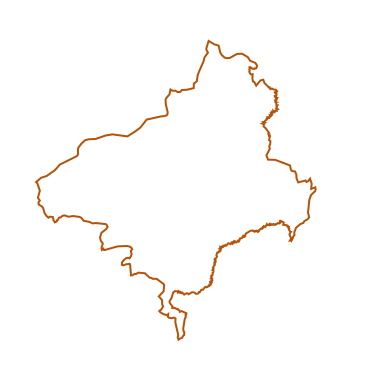 the district of Kantharalak, Si Sa Ket, Thailand, rotated 52°
{"feature_id": "78962969B93646658502298", "entity_name": "Kantharalak", "entity_type": "district", "adm_level": 2, "iso_a3": "THA", "parent_name": "Thailand", "parent_adm1": "Si Sa Ket", "projection": "robinson", "projection_center": [104.776, 14.571], "detail": "fine", "context": "isolated", "style": "outline", "palette": "amber", "viewbox_px": 384, "rotation_deg": 52, "n_neighbors": 0, "source": "geoboundaries", "source_scale": "gbopen_adm2", "svg_char_len": 5998}
<svg xmlns="http://www.w3.org/2000/svg" viewBox="0 0 384 384"><g transform="rotate(52 192 192)"><path d="M134.0,65.0L132.4,62.9L129.3,62.6L124.4,65.4L120.0,65.0L113.9,67.4L110.9,71.5L109.7,79.5L108.3,81.8L106.4,83.5L102.7,84.2L99.3,83.8L93.0,80.9L89.4,83.5L83.2,85.9L87.7,92.3L89.1,93.2L92.0,93.6L93.6,99.2L96.1,102.4L101.9,113.1L103.8,116.0L107.7,120.0L107.7,123.8L111.2,126.7L108.2,133.2L105.4,137.1L105.9,139.4L104.6,141.7L101.9,142.7L100.4,144.9L98.0,145.8L101.2,149.7L102.2,154.6L103.2,156.2L106.7,158.6L114.0,162.0L115.4,163.2L116.0,164.6L115.4,166.6L113.2,170.2L107.0,183.2L109.4,192.9L109.3,199.5L108.4,208.7L97.7,219.1L94.3,225.3L90.9,235.2L86.9,240.9L85.4,244.3L85.8,249.3L87.0,254.1L88.5,255.9L92.2,258.6L92.8,260.8L89.0,279.4L90.4,286.4L89.9,296.8L87.9,302.1L88.2,308.8L89.9,308.5L97.3,311.1L101.7,317.0L105.1,317.2L105.6,319.3L107.4,320.5L111.3,319.1L112.9,319.2L118.0,321.2L121.7,321.4L123.9,320.9L124.0,319.1L126.0,317.1L129.0,318.5L131.5,318.8L131.9,316.8L131.1,315.9L131.3,314.6L130.3,312.4L131.3,310.9L131.0,308.7L132.1,306.7L135.4,304.6L137.8,300.4L142.5,295.9L144.3,295.1L148.0,295.1L152.1,291.5L155.6,289.6L157.1,287.1L164.1,279.8L165.8,279.5L167.5,280.0L168.4,282.3L168.4,288.5L171.1,292.4L174.4,293.9L177.7,294.0L180.3,297.7L182.2,298.6L182.1,296.7L183.6,297.0L184.0,296.5L189.0,284.2L194.4,276.6L196.4,274.9L198.4,274.1L200.3,274.4L200.8,276.5L203.8,277.9L204.9,279.4L205.8,282.1L204.5,282.8L203.6,284.5L203.7,287.7L204.4,290.4L206.1,292.1L207.4,291.4L208.3,288.7L210.1,285.5L210.8,285.3L220.2,291.4L221.0,290.0L221.2,287.7L222.2,286.6L222.4,284.1L227.1,279.1L233.3,278.2L234.6,277.0L236.1,276.5L238.7,273.3L247.2,271.0L248.4,271.4L252.8,275.6L253.8,282.4L258.7,282.1L262.2,284.7L264.3,285.2L265.8,288.7L265.5,290.7L265.9,291.2L268.4,290.7L271.8,289.0L273.6,287.4L273.6,286.0L275.5,287.8L276.7,287.7L278.8,285.9L279.9,283.5L281.4,282.8L284.5,285.4L296.2,290.9L297.7,292.7L300.0,293.5L300.0,291.9L300.8,289.8L299.8,287.3L299.8,286.1L297.6,284.3L296.7,284.4L294.4,283.2L287.4,275.7L286.8,273.9L285.5,273.3L285.1,272.1L284.5,272.2L284.1,271.1L279.6,273.4L278.9,275.4L277.9,274.8L275.5,275.3L275.5,275.7L272.7,277.0L272.3,278.1L271.1,278.9L270.4,277.9L265.7,277.8L264.4,277.2L262.8,273.2L259.6,268.7L259.6,266.5L261.0,265.2L261.5,263.9L262.4,264.6L262.4,263.8L263.0,264.0L263.2,263.4L263.6,263.8L264.7,263.0L264.3,262.5L265.3,262.3L265.2,261.6L268.0,261.3L268.5,258.5L269.7,257.6L270.5,257.6L271.0,253.7L273.0,251.8L274.6,251.6L275.5,250.4L275.8,249.3L275.1,248.2L275.7,247.5L274.8,244.7L275.8,243.6L275.0,240.9L275.2,239.5L276.0,239.3L276.4,238.1L275.9,236.2L276.6,236.0L276.2,235.3L276.6,234.4L276.3,233.9L275.9,234.2L275.7,233.2L275.2,233.8L274.5,233.4L275.1,233.0L274.9,232.3L274.4,232.8L273.9,232.1L274.1,230.4L273.4,230.0L272.2,230.4L272.4,229.4L270.8,229.3L270.8,228.8L269.8,228.3L270.2,227.2L269.7,226.5L268.5,225.8L268.6,224.9L267.6,223.8L266.9,223.4L266.3,223.8L266.3,222.9L264.9,222.4L265.1,221.7L263.9,221.0L263.5,218.9L262.8,219.0L261.6,217.9L262.1,217.3L261.4,216.2L260.5,216.6L260.0,215.4L258.9,215.6L258.7,215.1L259.3,214.7L258.2,212.0L256.7,211.6L255.3,209.4L255.8,208.9L255.4,207.3L256.0,206.9L255.9,206.1L255.3,206.2L255.2,204.9L254.6,204.3L253.8,204.9L253.9,204.1L253.6,204.4L252.6,203.5L253.3,203.1L253.6,200.7L254.4,201.0L254.3,198.7L254.9,198.9L255.4,198.0L254.7,195.0L256.7,193.8L256.3,192.5L257.7,192.1L257.2,191.5L257.5,190.9L256.8,190.9L257.2,190.4L256.6,190.5L256.6,189.4L257.5,189.5L257.3,188.5L258.9,188.3L258.9,186.7L259.5,186.2L259.0,186.0L259.6,185.3L259.4,184.6L258.9,184.7L259.1,184.0L258.1,182.9L259.1,181.2L258.0,178.5L258.8,178.2L259.1,179.2L259.6,178.3L259.0,177.7L259.4,177.4L259.3,176.8L258.2,175.9L257.9,174.9L258.6,169.9L259.4,168.2L261.5,167.3L261.2,166.9L261.7,166.7L261.6,166.2L262.1,165.2L262.6,165.4L262.8,164.5L264.1,164.6L263.9,162.8L263.2,162.2L263.5,159.7L264.1,159.6L264.1,158.9L263.6,158.6L263.9,157.7L263.3,157.4L263.8,156.6L263.4,156.3L264.7,155.6L263.4,152.8L264.3,152.9L265.1,152.3L264.9,150.8L265.7,151.0L265.6,151.5L266.1,151.3L266.3,150.7L265.8,150.5L265.7,149.6L266.7,149.7L267.2,147.9L267.7,148.1L267.9,147.2L268.7,147.2L269.1,146.5L268.9,145.9L269.5,145.2L269.2,143.7L270.1,142.9L269.9,142.1L270.6,142.1L270.5,141.1L269.3,140.5L269.8,140.2L269.6,139.7L272.5,138.5L274.0,140.3L276.4,137.9L277.4,137.4L277.8,138.0L279.1,137.1L279.5,138.1L280.8,137.9L281.2,138.7L283.5,139.0L284.3,138.5L285.1,140.9L285.7,141.5L289.5,142.3L290.5,144.5L290.7,143.9L291.7,143.9L290.9,141.9L290.0,141.3L290.2,140.6L289.3,139.5L289.2,138.0L286.6,136.1L284.2,131.9L284.0,126.2L284.9,123.3L284.1,121.4L284.6,117.7L284.1,115.3L279.7,113.3L270.4,104.4L267.7,100.1L267.1,94.4L266.0,92.9L264.2,92.0L262.9,96.2L259.2,92.6L254.2,90.8L255.0,93.6L254.6,95.6L252.9,95.4L249.8,102.4L245.3,101.1L242.8,99.2L239.3,98.1L237.1,100.2L235.4,100.4L231.5,98.4L217.8,106.7L213.4,112.1L209.0,110.9L205.8,104.0L203.7,103.2L202.3,100.8L200.2,98.9L198.5,99.3L195.9,96.0L195.4,95.8L195.1,96.8L193.1,96.0L193.1,94.9L187.0,94.7L184.4,95.2L182.8,93.5L181.9,94.1L182.4,93.1L181.3,93.1L181.8,92.1L180.8,92.6L181.3,91.3L180.8,90.4L181.0,88.3L180.0,87.9L180.0,87.1L179.5,86.8L180.1,86.3L180.5,86.8L180.8,86.2L180.4,85.8L181.1,85.4L180.5,84.8L180.7,84.3L179.5,83.6L180.8,83.1L180.6,81.7L180.3,81.2L179.3,81.6L179.3,80.2L178.4,80.6L178.6,79.6L178.1,79.5L178.9,78.8L178.1,78.1L179.5,78.1L179.2,77.0L179.7,77.0L179.4,76.2L180.2,75.2L178.5,74.4L179.3,73.4L177.4,73.5L176.4,71.4L175.9,72.2L173.6,70.8L173.1,71.5L173.3,70.4L172.6,71.0L171.7,70.3L171.9,69.7L171.3,68.9L170.7,69.5L170.5,68.8L171.1,68.3L170.3,66.7L169.3,67.7L168.6,67.2L168.0,68.0L167.3,67.7L167.8,66.5L167.6,65.6L165.9,64.4L165.5,65.6L164.4,65.4L164.8,62.9L163.0,63.0L161.3,64.7L159.6,65.3L159.2,66.9L157.3,66.4L157.2,67.0L150.6,67.8L147.4,66.7L146.2,69.4L147.7,75.9L143.4,75.2L142.5,75.9L140.0,74.7L136.4,71.7L135.8,73.0L134.7,73.3L132.5,72.9L131.8,71.7L130.7,71.4L130.6,70.8L129.1,70.0L129.5,69.1L131.9,68.6L133.2,67.4L133.0,66.8L133.9,65.9L134.0,65.0Z" fill="none" stroke="#b45309" stroke-width="2"/></g></svg>